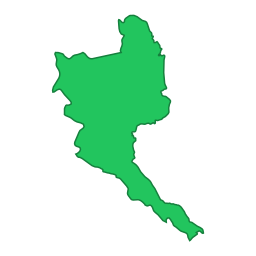 Niari, Albers equal-area conic projection
{"feature_id": "COG-3345", "entity_name": "Niari", "entity_type": "Region", "adm_level": 1, "iso_a3": "COG", "parent_name": "Republic of the Congo", "parent_adm1": "", "projection": "albers", "projection_center": [12.665, -3.355], "detail": "fine", "context": "isolated", "style": "filled", "palette": "green", "viewbox_px": 256, "rotation_deg": 0, "n_neighbors": 0, "source": "natural_earth", "source_scale": "10m", "svg_char_len": 5418}
<svg xmlns="http://www.w3.org/2000/svg" viewBox="0 0 256 256"><path d="M189.7,240.6L188.1,237.4L187.6,234.9L187.2,234.0L186.5,233.3L185.4,232.7L181.0,231.1L179.7,230.2L176.2,227.2L174.3,226.0L173.5,225.2L172.6,222.8L171.3,220.9L170.7,219.8L169.1,217.9L167.4,218.1L166.1,219.7L166.3,222.2L162.9,220.5L158.1,214.8L155.2,212.4L153.7,210.8L152.4,207.3L151.4,205.8L150.2,205.1L149.3,205.2L148.5,205.6L147.3,205.9L146.3,205.6L145.0,204.9L144.7,204.1L142.7,202.1L141.3,201.0L140.5,200.5L139.4,200.0L138.6,199.8L138.0,199.7L133.3,200.0L132.7,199.9L132.1,199.8L131.5,199.5L130.9,199.0L128.3,195.5L127.7,194.3L127.6,193.7L127.5,193.1L127.6,192.6L128.2,189.1L128.2,188.6L128.0,188.1L127.5,187.4L126.8,186.2L120.7,179.1L120.1,178.6L119.3,178.1L116.8,177.5L116.3,177.2L116.1,176.8L116.1,176.3L116.2,175.8L116.2,175.6L116.1,175.4L115.7,175.1L114.9,174.6L113.3,174.1L112.4,173.9L111.0,173.7L109.2,173.1L107.3,172.8L105.1,172.1L103.5,171.8L103.1,171.6L102.9,171.2L102.9,170.8L102.9,169.9L102.8,169.6L102.4,169.2L101.2,168.7L99.9,167.8L97.7,167.1L95.3,166.9L94.6,166.7L92.0,165.6L82.2,158.5L80.0,157.4L78.5,157.2L77.8,156.8L77.3,156.4L75.8,154.1L77.1,153.6L78.7,152.4L80.0,150.9L80.5,149.2L80.0,147.7L78.6,146.9L76.9,146.4L75.3,145.5L74.6,143.9L74.8,142.2L79.0,132.3L80.0,130.5L83.2,128.1L84.1,126.6L83.4,124.2L80.5,122.8L77.0,121.9L74.4,120.6L71.4,118.2L69.9,117.3L65.7,115.5L65.1,115.1L64.5,114.5L64.4,114.2L64.5,113.8L64.5,108.7L64.9,107.4L65.9,105.5L66.6,105.1L67.7,105.2L69.3,105.0L71.2,103.9L71.2,102.3L70.1,100.6L64.5,94.6L61.9,91.0L60.7,89.6L59.3,89.1L57.2,89.8L54.2,91.9L52.9,92.1L52.6,90.3L53.3,87.5L53.4,87.0L58.8,78.2L59.5,76.4L59.8,74.8L59.8,73.3L59.4,71.4L58.7,69.8L56.9,66.8L56.3,65.3L56.2,64.0L56.8,59.9L56.5,58.3L54.9,54.0L55.5,52.5L58.4,52.6L62.1,53.7L63.1,54.2L63.6,54.8L63.9,55.4L64.4,56.1L66.9,58.0L68.3,58.7L69.5,58.8L70.7,58.1L73.2,55.8L74.8,55.1L77.5,54.6L80.6,53.6L82.9,52.5L83.6,52.9L85.0,53.9L87.5,57.0L89.7,58.5L92.0,58.8L121.2,52.5L120.4,50.9L120.9,48.5L121.9,46.0L122.4,43.9L121.9,40.8L122.0,39.7L122.5,38.6L123.8,36.5L124.2,35.3L121.3,34.0L119.8,31.6L119.1,28.6L118.5,20.7L118.8,19.7L119.6,19.9L120.5,20.8L121.9,22.3L123.2,22.7L124.1,22.2L124.5,21.4L124.5,20.6L124.6,20.0L125.1,19.1L125.5,18.6L125.9,18.2L129.5,15.7L130.3,15.5L133.9,15.4L137.1,16.7L141.9,20.2L142.2,20.4L145.4,21.4L146.6,22.3L147.4,24.1L149.1,29.4L149.7,31.0L150.1,31.5L151.3,32.6L151.6,33.1L151.9,34.8L151.8,35.1L151.7,35.6L151.9,36.0L153.2,36.3L153.2,36.7L152.9,37.2L152.8,37.6L152.5,38.1L152.3,38.6L152.5,39.1L153.5,40.0L153.8,40.5L153.8,41.3L154.1,42.6L155.2,42.6L157.0,41.7L157.6,42.3L159.0,44.5L159.7,45.4L160.0,47.4L160.2,48.0L160.8,48.5L161.2,48.5L161.6,48.6L161.7,49.4L161.1,50.1L160.7,50.7L160.6,51.4L160.5,52.0L160.3,52.7L160.0,53.3L159.7,53.8L158.8,54.5L158.5,55.2L158.7,55.6L159.7,55.6L160.5,54.7L161.0,55.3L161.5,55.7L161.9,55.8L162.4,55.7L163.0,55.4L163.5,55.2L164.0,55.2L164.5,55.5L164.7,56.0L164.7,56.7L164.0,60.0L163.7,72.6L164.6,83.0L164.9,84.3L166.5,87.7L166.5,88.3L166.3,88.7L165.7,89.0L164.5,89.1L164.0,89.4L163.0,90.3L162.4,90.6L161.4,91.0L161.0,91.2L160.9,91.5L160.9,92.2L161.0,92.6L161.6,93.5L161.8,94.6L162.0,95.2L162.3,95.6L162.8,95.9L164.4,96.3L165.5,96.4L166.0,96.6L169.4,99.3L169.8,99.9L170.2,100.4L170.5,101.0L170.4,101.6L170.4,102.0L169.4,104.4L168.7,107.8L168.9,112.1L168.6,112.9L168.0,113.9L165.4,116.5L163.4,117.6L162.7,118.1L162.0,119.0L160.8,119.6L160.3,119.6L159.8,119.8L158.1,120.4L157.6,120.5L157.0,120.5L156.0,120.2L155.6,120.2L155.3,120.3L155.2,120.8L155.3,122.8L155.2,123.2L154.9,123.5L154.4,123.6L154.1,123.4L153.6,122.9L153.1,122.8L152.5,123.1L151.5,123.7L150.9,124.0L150.4,124.1L150.0,124.0L149.1,123.4L148.7,123.3L148.3,123.2L147.8,123.3L147.1,123.4L146.9,123.4L145.6,124.0L145.2,124.1L144.8,124.2L144.3,124.2L142.1,123.9L141.2,123.9L140.7,123.9L140.3,124.1L139.9,124.3L138.8,125.0L137.8,125.4L137.5,125.6L137.3,125.8L137.0,126.1L136.8,126.4L136.7,126.7L136.0,129.9L135.5,131.2L135.3,131.4L135.1,131.6L134.8,131.7L134.5,131.8L133.0,131.8L132.8,131.8L132.4,132.0L132.1,132.2L131.9,132.5L131.7,133.2L132.6,134.1L132.2,135.1L132.2,135.6L132.9,135.6L133.4,135.9L133.6,136.5L133.7,137.3L134.0,138.0L134.7,138.0L135.4,138.0L135.7,138.3L135.7,140.7L133.8,142.3L133.2,143.2L133.0,143.7L132.9,144.3L132.8,145.1L132.8,146.4L133.6,150.1L134.5,152.1L134.4,152.7L133.8,153.9L133.8,155.1L134.0,155.7L134.8,157.7L134.6,158.2L134.2,158.5L133.7,158.7L133.2,159.1L132.8,159.7L132.3,160.4L131.9,161.4L132.1,162.0L132.5,162.4L134.7,163.8L135.8,164.7L136.4,165.2L138.1,167.3L140.7,171.9L144.6,176.4L145.1,176.9L148.4,179.4L150.0,181.0L150.9,182.3L152.3,185.0L154.9,188.7L160.1,199.0L160.8,200.0L161.2,200.1L161.6,200.2L162.2,200.5L163.0,201.0L164.2,202.4L164.9,203.0L165.6,203.3L166.8,203.2L168.0,203.4L168.5,203.4L169.1,203.3L169.7,203.2L170.2,203.4L170.7,203.7L171.2,203.9L171.8,204.0L172.8,203.9L173.4,203.9L174.5,204.4L175.0,204.6L175.6,204.6L176.2,204.7L177.3,205.1L178.5,205.2L179.6,205.8L181.2,207.2L184.3,211.6L184.9,212.9L185.3,214.0L186.0,214.9L186.8,216.2L187.6,217.2L188.3,218.0L188.7,218.6L188.9,219.2L189.0,220.4L189.3,221.3L189.7,221.8L190.2,222.1L191.4,222.3L192.0,222.5L197.3,226.2L200.2,227.6L201.4,228.4L202.2,229.0L202.6,229.6L202.9,230.1L203.0,230.7L203.4,232.8L203.4,233.1L202.8,233.3L201.9,232.9L200.4,231.4L199.5,231.0L198.7,231.1L196.3,232.5L197.0,233.2L197.3,233.8L197.1,234.3L196.3,234.8L192.5,237.6L190.5,240.0L189.7,240.6Z" fill="#22c55e" stroke="#15803d" stroke-width="1.5"/></svg>